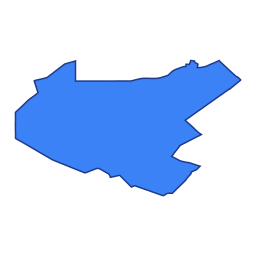 Baloži, Kekavas, Latvia
{"feature_id": "27541924B31221481282292", "entity_name": "Baloži", "entity_type": "district", "adm_level": 2, "iso_a3": "LVA", "parent_name": "Latvia", "parent_adm1": "Kekavas", "projection": "equal_earth", "projection_center": [24.137, 56.87], "detail": "fine", "context": "isolated", "style": "filled", "palette": "blue", "viewbox_px": 256, "rotation_deg": 0, "n_neighbors": 0, "source": "geoboundaries", "source_scale": "gbopen_adm2", "svg_char_len": 2696}
<svg xmlns="http://www.w3.org/2000/svg" viewBox="0 0 256 256"><path d="M34.5,80.6L34.7,81.3L34.3,81.4L34.7,82.5L38.0,92.7L36.7,93.8L35.1,95.1L33.5,96.3L30.1,98.7L28.0,100.4L26.7,101.7L26.2,102.2L21.6,106.6L15.5,112.3L15.4,113.6L15.5,117.2L15.5,120.5L15.4,123.2L15.4,125.3L15.4,126.2L15.5,132.8L15.5,133.4L15.6,133.6L15.5,138.0L15.7,138.5L16.3,138.9L26.8,144.8L27.2,145.0L28.7,145.9L29.1,146.2L30.0,146.7L40.9,153.1L51.9,159.5L54.8,160.8L82.6,172.0L84.5,172.8L85.8,172.7L87.4,172.1L88.8,171.5L96.6,168.5L98.4,168.4L100.2,169.1L108.6,173.9L109.5,175.0L110.4,177.4L111.1,177.2L119.7,175.3L131.5,187.1L132.0,186.8L134.7,185.7L135.0,185.8L160.8,194.9L162.9,195.5L163.7,195.5L164.4,195.3L166.0,194.0L166.6,193.7L167.6,193.4L169.4,193.2L172.0,193.3L172.3,193.3L179.3,186.4L182.9,183.0L186.1,179.8L186.2,179.1L190.9,173.8L191.1,173.4L191.1,172.1L196.5,169.7L200.1,166.2L197.4,165.4L189.9,162.9L188.3,162.5L185.6,162.2L181.5,161.2L179.9,160.7L171.7,156.4L171.8,156.3L173.1,154.6L174.9,152.1L177.1,149.3L179.9,145.8L180.2,145.5L180.1,145.4L193.9,138.3L201.1,134.7L201.4,134.5L198.9,132.9L197.0,131.2L193.6,128.0L193.0,127.3L188.6,123.4L185.6,120.7L185.2,120.3L186.4,119.4L188.5,117.9L189.4,117.3L192.3,115.2L193.6,114.3L194.4,113.7L199.2,110.3L199.8,109.9L200.7,109.3L202.5,108.0L202.9,107.7L205.0,106.2L206.6,105.1L207.2,104.6L208.1,104.0L208.8,103.5L209.7,102.9L211.4,101.7L212.0,101.2L212.7,100.7L214.0,99.9L214.3,99.6L215.4,98.8L215.8,98.5L216.9,97.8L217.8,97.1L218.0,97.0L218.2,96.9L218.3,96.8L218.8,96.4L219.3,96.1L219.9,95.7L220.1,95.5L220.9,95.0L221.7,94.4L222.6,93.8L223.4,93.2L223.6,93.1L224.1,92.7L225.0,92.0L226.0,91.4L227.4,90.4L227.8,90.1L229.3,88.9L229.7,89.1L229.9,89.0L230.4,88.5L231.4,87.7L232.6,86.7L233.5,86.0L234.0,85.6L234.5,85.1L234.8,84.9L240.6,80.2L240.6,79.7L240.2,79.4L238.2,77.5L237.8,77.1L236.6,76.8L235.0,75.4L234.4,74.9L231.3,72.1L226.2,67.3L220.2,61.7L219.2,60.5L218.4,60.9L212.6,63.5L212.4,63.6L212.1,63.6L209.9,64.6L208.8,65.1L206.1,66.3L203.6,67.0L202.0,67.2L200.5,67.5L200.1,67.5L197.2,67.6L197.5,66.4L197.6,65.9L197.8,65.1L198.0,64.2L197.3,63.7L196.5,63.3L196.0,63.1L195.6,62.9L194.6,61.8L194.5,61.0L190.7,60.5L190.1,62.5L189.9,62.8L189.9,63.0L189.4,64.4L186.2,64.2L185.8,65.9L185.7,66.5L185.3,66.4L183.6,66.7L181.7,67.2L175.8,69.4L173.5,70.5L171.6,71.9L170.9,72.6L168.8,74.6L167.8,75.4L160.2,77.8L158.7,78.1L156.3,78.4L155.5,78.4L152.0,78.5L150.3,78.4L146.7,78.3L143.9,78.3L140.8,78.6L135.6,79.8L133.3,80.4L130.7,81.0L99.1,81.1L98.1,81.1L87.0,81.1L75.5,81.1L75.5,65.5L75.5,64.9L75.5,61.2L75.5,60.9L72.7,61.8L67.1,63.3L64.6,64.1L55.2,71.3L52.1,73.7L50.1,75.2L47.1,77.5L46.2,77.8L44.8,78.2L35.7,80.3L34.5,80.6Z" fill="#3b82f6" stroke="#1e3a8a" stroke-width="1.5"/></svg>